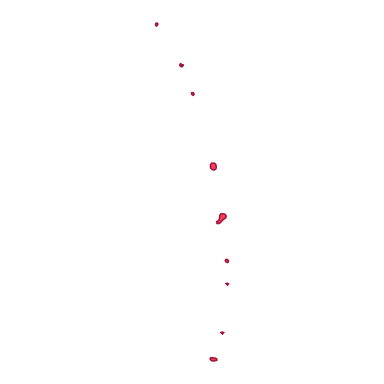 the border of Northern Islands
{"feature_id": "MNP-4940", "entity_name": "Northern Islands", "entity_type": "state/province", "adm_level": 1, "iso_a3": "MNP", "parent_name": "Northern Mariana Islands", "parent_adm1": "", "projection": "albers", "projection_center": [145.557, 18.447], "detail": "fine", "context": "isolated", "style": "filled", "palette": "rose", "viewbox_px": 384, "rotation_deg": 0, "n_neighbors": 0, "source": "natural_earth", "source_scale": "10m", "svg_char_len": 1293}
<svg xmlns="http://www.w3.org/2000/svg" viewBox="0 0 384 384"><path d="M221.0,213.8L224.1,213.9L225.1,214.4L225.8,215.2L226.1,216.2L225.9,217.6L225.2,218.3L224.3,218.8L223.3,219.5L220.0,223.0L218.9,223.6L217.0,223.5L216.6,221.7L218.6,220.6L219.4,218.8L219.9,214.9L221.0,213.8ZM212.6,169.8L210.6,168.0L210.4,164.8L211.7,163.1L214.6,163.2L215.7,164.4L216.1,165.4L216.2,166.4L216.2,167.9L215.9,168.8L215.0,169.6L213.9,170.0L212.6,169.8ZM216.4,358.7L217.0,359.9L216.5,360.5L215.4,360.7L213.3,361.0L212.3,360.9L211.3,360.5L210.6,359.8L210.1,359.0L210.2,358.2L210.9,357.7L212.1,357.6L213.1,357.9L215.5,358.2L216.4,358.7ZM227.4,262.6L225.7,261.7L225.3,260.5L225.8,259.5L227.1,259.4L228.0,260.0L228.5,261.0L228.3,261.9L227.4,262.6ZM181.6,66.8L180.8,66.5L180.1,66.0L179.8,65.2L180.0,64.3L180.7,63.6L181.1,63.9L181.2,64.7L181.2,65.2L181.7,65.1L182.4,64.8L183.0,64.7L183.3,65.0L183.1,65.7L182.7,66.2L182.2,66.6L181.6,66.8ZM193.2,95.4L192.2,94.8L191.5,93.8L191.5,92.9L192.6,92.5L193.6,92.9L194.0,93.7L193.9,94.7L193.2,95.4ZM156.5,26.1L155.7,25.3L155.5,24.3L155.9,23.3L156.8,23.0L157.7,23.5L157.8,24.5L157.3,25.4L156.5,26.1ZM222.5,334.0L220.9,332.5L222.2,332.0L223.7,332.6L222.5,334.0ZM227.5,285.1L226.0,283.6L227.2,283.2L228.5,283.8L227.5,285.1Z" fill="#f43f5e" stroke="#9f1239" stroke-width="1.5"/></svg>